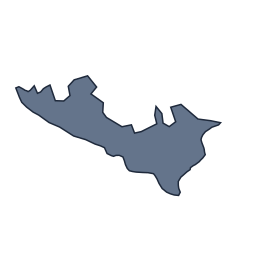 the district of Akkurgan, Tashkent, Uzbekistan, rotated 246°
{"feature_id": "79887680B10165721529704", "entity_name": "Akkurgan", "entity_type": "district", "adm_level": 2, "iso_a3": "UZB", "parent_name": "Uzbekistan", "parent_adm1": "Tashkent", "projection": "albers", "projection_center": [69.03, 40.803], "detail": "fine", "context": "isolated", "style": "filled", "palette": "slate", "viewbox_px": 256, "rotation_deg": 246, "n_neighbors": 0, "source": "geoboundaries", "source_scale": "gbopen_adm2", "svg_char_len": 1385}
<svg xmlns="http://www.w3.org/2000/svg" viewBox="0 0 256 256"><g transform="rotate(246 128 128)"><path d="M165.1,58.1L156.7,65.9L142.8,75.1L134.5,84.7L126.7,91.4L123.0,95.5L119.6,98.5L113.2,98.5L109.5,101.6L108.0,103.3L107.9,105.8L106.6,108.9L103.6,111.6L99.8,111.4L95.5,110.8L91.3,110.9L88.4,111.9L86.5,114.3L84.5,117.4L81.4,123.3L79.0,128.2L75.9,132.7L73.7,133.3L69.8,133.8L64.8,133.8L58.8,134.6L53.7,137.2L50.7,139.9L48.0,143.0L45.8,146.8L48.1,149.6L52.3,149.8L55.3,150.7L58.7,152.2L61.6,156.3L62.5,159.3L64.0,164.0L64.7,167.8L66.4,169.0L67.1,172.4L67.2,174.6L68.3,179.5L69.1,181.1L70.2,184.1L72.2,187.7L74.8,188.1L77.4,188.9L79.2,189.2L84.6,189.5L87.5,189.9L89.4,191.3L91.4,193.7L93.2,197.3L93.4,198.7L93.9,201.8L94.4,204.0L94.6,204.9L94.0,212.0L95.2,214.7L101.1,206.4L107.7,195.6L128.0,186.0L129.6,175.5L114.3,174.1L112.5,166.2L118.2,162.0L127.4,164.8L136.3,162.4L128.8,157.6L120.1,156.0L119.3,138.6L120.7,131.9L129.5,132.4L131.6,123.0L146.4,112.6L152.6,111.3L161.1,115.7L174.2,108.0L178.2,116.0L192.1,112.3L193.9,98.4L190.4,90.4L181.2,88.2L178.8,80.3L182.5,72.7L199.0,74.2L198.8,69.9L198.3,66.7L196.7,63.4L196.4,62.6L196.5,61.2L196.5,59.4L203.6,59.5L204.7,59.5L202.2,54.0L201.9,51.5L203.0,50.8L204.5,49.1L205.6,48.5L207.5,47.1L210.1,45.1L210.2,41.8L200.1,41.3L194.7,41.4L188.3,43.9L181.1,47.8L176.1,51.7L165.1,58.1Z" fill="#64748b" stroke="#1e293b" stroke-width="1.5"/></g></svg>